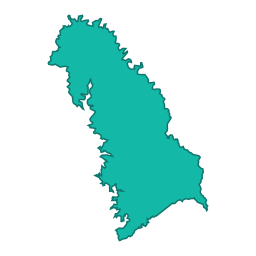 Prudentópolis, Paraná, Brazil
{"feature_id": "56859067B94750032361758", "entity_name": "Prudentópolis", "entity_type": "district", "adm_level": 2, "iso_a3": "BRA", "parent_name": "Brazil", "parent_adm1": "Paraná", "projection": "robinson", "projection_center": [-51.129, -25.136], "detail": "fine", "context": "isolated", "style": "filled", "palette": "teal", "viewbox_px": 256, "rotation_deg": 0, "n_neighbors": 0, "source": "geoboundaries", "source_scale": "gbopen_adm2", "svg_char_len": 5779}
<svg xmlns="http://www.w3.org/2000/svg" viewBox="0 0 256 256"><path d="M67.9,16.5L69.1,19.3L70.3,20.0L70.5,20.9L72.2,23.4L71.7,24.7L70.4,26.2L69.5,26.6L68.7,25.5L67.5,27.0L66.6,26.9L65.0,25.8L63.3,26.0L63.8,28.1L62.8,28.2L59.8,31.0L60.5,34.5L59.9,35.3L58.6,35.3L57.9,36.5L59.0,37.5L58.8,39.1L57.0,38.6L56.4,39.4L55.7,41.9L57.2,44.7L59.9,47.3L58.6,47.4L57.9,50.7L56.9,50.7L56.0,51.5L52.7,51.6L52.0,55.6L50.4,56.6L51.0,60.8L48.8,62.0L48.3,63.2L48.8,64.3L51.8,64.9L53.3,65.0L55.1,64.1L60.2,67.1L64.9,66.2L68.0,67.2L66.6,69.5L66.5,71.0L68.7,72.0L69.3,73.0L68.8,75.3L69.7,77.5L67.4,80.1L67.3,81.0L70.1,83.3L69.5,84.7L67.3,86.8L69.6,88.8L68.8,92.7L72.4,96.6L73.1,102.5L73.7,103.4L76.0,104.9L77.2,106.5L78.5,105.0L79.5,105.1L82.5,108.7L83.5,109.2L82.5,106.7L81.9,102.4L78.9,101.4L79.2,100.0L80.0,99.5L84.5,99.6L85.2,97.9L85.3,96.7L84.7,96.1L82.7,95.9L81.0,94.3L81.6,93.7L85.2,94.7L87.0,94.6L88.0,93.7L88.1,87.4L87.9,86.5L87.1,86.0L89.7,81.9L89.9,80.2L90.6,79.3L91.7,83.8L92.6,84.3L92.6,85.7L92.0,87.5L90.4,88.7L89.8,90.0L89.7,92.8L91.2,95.5L91.0,97.3L87.8,99.8L87.3,101.9L87.5,103.4L88.6,105.4L92.0,105.3L93.1,105.8L92.5,106.4L90.2,106.8L90.3,108.5L91.0,109.3L95.2,111.3L95.1,112.3L94.1,114.0L90.2,118.5L90.0,119.7L90.8,121.2L92.8,122.7L92.4,123.9L88.2,125.4L90.1,126.6L90.0,127.6L95.6,128.4L94.7,131.3L93.7,131.9L93.9,133.2L95.1,133.6L97.2,133.0L100.8,135.0L101.3,137.2L100.7,138.4L102.5,139.2L103.3,138.5L104.1,138.7L104.6,139.3L107.7,140.0L105.6,142.2L103.9,142.7L103.2,145.2L101.5,148.2L100.3,146.5L98.1,148.0L100.5,149.8L101.1,152.3L103.8,151.6L103.8,150.5L104.7,150.6L107.2,152.5L110.4,153.6L112.5,156.3L107.2,155.0L102.3,155.1L101.3,155.7L100.3,156.8L102.7,157.9L105.2,160.1L105.9,159.9L107.2,161.8L105.6,161.8L104.1,163.1L105.7,167.3L104.6,168.1L101.9,165.8L101.8,168.7L101.2,169.6L101.6,175.7L99.8,174.3L99.5,175.7L96.8,174.7L95.0,175.5L99.4,177.6L100.0,179.0L102.2,181.0L102.8,182.0L100.9,183.4L103.0,184.1L103.0,185.6L104.7,185.2L104.6,184.0L105.5,182.8L108.5,184.4L109.4,185.2L109.6,186.5L109.7,191.3L111.3,191.0L113.5,192.1L113.3,191.2L111.2,188.6L112.2,186.2L114.3,185.5L115.4,183.8L116.2,184.2L115.9,186.9L116.7,187.9L116.9,190.3L118.2,190.2L117.3,193.1L118.6,194.8L118.4,196.4L116.3,197.3L112.8,196.9L112.2,198.0L113.1,198.3L111.9,200.5L114.9,200.4L117.0,199.4L117.2,200.3L116.4,201.4L117.3,203.1L117.4,204.1L116.7,204.6L114.0,204.2L113.4,205.6L110.8,207.9L110.5,209.0L113.6,207.5L115.7,208.2L116.8,207.8L116.3,208.8L116.7,209.7L120.0,209.1L119.6,210.8L117.4,213.5L115.4,213.8L115.2,215.4L114.4,217.0L115.9,216.2L116.6,217.3L117.5,215.7L120.3,215.9L121.2,216.6L121.1,221.5L121.9,221.6L123.0,220.0L123.9,221.4L123.6,216.9L123.8,215.9L124.9,216.2L125.3,215.4L125.1,214.0L126.4,213.8L128.0,214.9L128.1,216.4L127.1,218.2L129.5,219.3L129.6,220.3L129.2,221.0L128.2,221.7L127.1,221.5L126.5,224.3L123.2,228.4L119.1,228.1L115.7,230.2L117.4,231.9L117.2,233.8L118.8,236.0L118.2,237.6L119.1,240.1L119.8,240.6L122.6,239.0L126.4,238.3L128.7,235.8L129.9,236.6L132.1,235.5L132.7,234.0L133.9,232.9L134.9,230.2L138.4,228.1L138.6,227.1L139.4,227.2L139.8,228.1L141.8,227.4L141.9,226.5L140.9,225.8L141.3,224.9L142.1,224.9L142.5,223.8L143.3,224.2L143.6,225.5L145.6,226.3L146.9,224.4L146.9,222.6L148.2,222.8L148.8,222.3L147.7,220.6L147.3,218.7L148.2,219.2L149.6,219.0L150.5,218.5L150.5,217.6L151.7,217.3L152.3,216.1L153.2,216.9L154.2,217.0L155.6,215.8L156.3,216.0L172.6,203.1L173.6,203.7L175.4,203.0L177.5,200.6L180.3,199.8L182.3,201.5L183.0,200.0L185.8,198.7L189.0,199.3L190.5,198.6L193.3,198.6L194.3,197.9L194.9,199.4L196.3,200.5L197.5,202.2L203.2,204.4L203.8,207.4L205.7,208.5L206.7,210.6L207.4,209.4L206.6,207.9L207.7,205.9L206.2,204.4L205.6,202.3L206.5,200.2L204.7,197.7L203.6,197.1L203.1,195.9L201.4,194.7L200.1,191.9L201.0,189.0L200.8,188.1L199.1,184.2L200.6,182.7L201.0,181.7L200.9,180.3L202.2,178.3L202.1,174.8L203.3,172.0L202.8,168.9L200.8,168.2L198.3,165.5L198.2,163.9L198.7,161.7L198.2,160.7L200.2,157.2L198.7,155.7L193.4,154.7L190.8,152.6L189.6,152.6L187.5,150.0L186.8,150.2L184.8,149.3L183.9,148.5L183.2,146.5L180.9,147.4L180.0,146.9L179.0,145.3L178.8,143.4L178.1,142.7L177.9,140.3L177.0,139.0L176.2,139.7L175.7,139.1L175.0,139.7L174.0,139.6L173.2,138.6L173.0,136.8L172.1,135.2L170.7,134.9L168.9,136.2L168.9,138.4L167.3,137.8L167.6,136.6L165.2,133.5L165.4,132.6L166.8,131.5L167.4,129.9L167.3,124.6L167.7,123.4L171.1,117.9L170.6,116.9L169.6,116.9L169.6,113.6L168.2,111.9L169.0,111.2L168.5,109.6L167.0,108.7L164.5,108.6L164.5,105.2L163.3,101.2L164.8,99.2L164.5,98.4L163.1,97.8L162.0,96.2L161.8,94.9L159.5,93.6L160.3,92.3L160.1,89.7L159.2,89.1L155.7,89.1L155.1,89.6L152.4,88.9L152.6,86.3L153.1,85.3L154.3,84.5L154.5,83.4L154.0,82.3L149.1,83.0L147.9,81.5L148.5,80.4L147.8,78.6L144.9,74.6L139.6,74.6L137.4,74.0L137.5,71.1L139.2,68.2L142.1,67.6L142.9,66.9L141.6,62.7L140.8,62.8L140.7,65.5L140.0,66.1L134.6,65.4L134.1,67.5L134.9,68.6L134.3,69.2L130.5,69.1L129.2,68.0L128.0,66.6L127.2,63.4L128.7,61.5L131.4,62.5L131.4,61.3L130.5,59.6L128.5,58.8L125.4,60.7L123.6,59.7L122.0,59.7L122.3,58.6L127.4,52.5L127.3,51.4L123.7,53.7L122.9,53.5L123.7,51.2L125.9,48.6L122.8,48.4L119.5,50.6L118.0,47.7L119.5,45.2L119.5,44.3L118.0,43.4L115.7,43.3L115.1,42.5L116.0,40.2L116.0,36.2L113.9,36.2L113.0,34.7L112.9,33.5L114.1,31.4L112.8,31.1L109.5,32.4L107.5,28.5L106.2,28.8L105.4,28.0L105.2,26.8L106.0,24.0L104.2,24.3L102.8,28.4L101.1,26.9L98.8,27.4L98.9,25.3L101.6,19.1L101.0,18.5L99.9,18.7L98.4,20.6L95.9,20.6L92.5,22.6L93.1,25.4L92.9,26.3L87.3,24.9L86.5,23.9L88.6,20.9L88.2,20.1L84.9,20.4L81.9,21.5L80.8,20.9L80.9,19.3L82.6,16.7L82.4,15.4L78.7,16.2L77.7,21.6L76.7,21.5L74.6,19.0L72.7,19.4L71.3,19.2L70.0,16.9L69.8,15.6L68.6,15.4L67.9,16.5ZM118.2,190.2L120.3,189.7L122.8,191.1L121.1,191.1L118.2,190.2ZM99.8,174.3L99.4,173.2L98.8,173.8L99.8,174.3Z" fill="#14b8a6" stroke="#0f766e" stroke-width="1.5"/></svg>